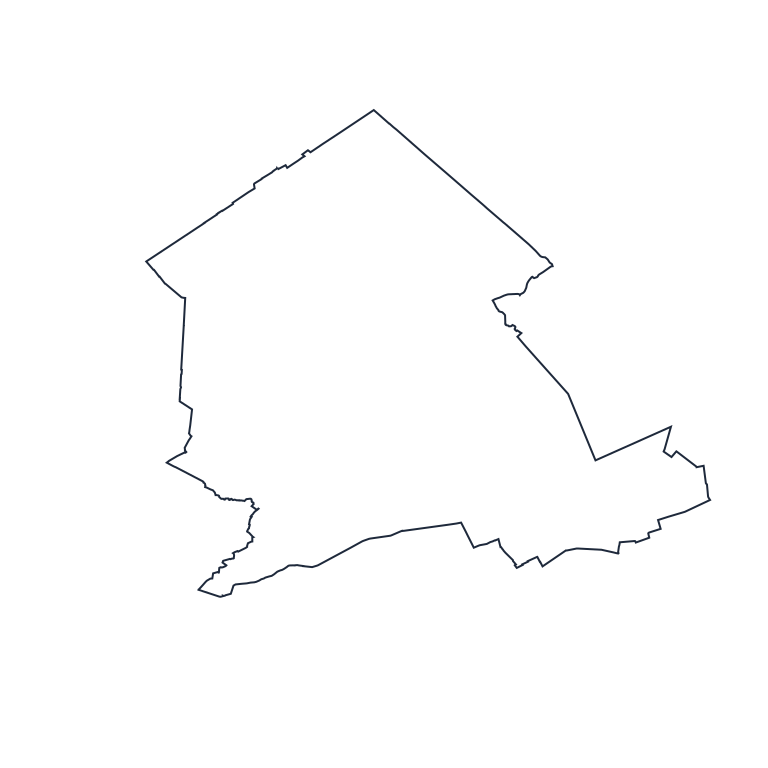 outline of Dalfsen, Overijssel, Netherlands, rotated 335°
{"feature_id": "6326949B30235192202446", "entity_name": "Dalfsen", "entity_type": "district", "adm_level": 2, "iso_a3": "NLD", "parent_name": "Netherlands", "parent_adm1": "Overijssel", "projection": "equal_earth", "projection_center": [6.266, 52.512], "detail": "fine", "context": "isolated", "style": "outline", "palette": "slate", "viewbox_px": 768, "rotation_deg": 335, "n_neighbors": 0, "source": "geoboundaries", "source_scale": "gbopen_adm2", "svg_char_len": 6106}
<svg xmlns="http://www.w3.org/2000/svg" viewBox="0 0 768 768"><g transform="rotate(335 384 384)"><path d="M128.9,492.1L145.0,507.2L146.1,507.8L148.9,508.3L148.9,508.1L149.2,508.4L150.8,508.6L151.1,508.5L156.5,509.4L162.4,503.1L164.7,502.9L170.5,504.9L175.4,506.7L179.1,507.6L182.6,508.9L184.6,509.3L187.9,509.4L190.3,509.1L192.2,509.4L193.1,509.5L194.6,509.3L198.7,509.9L201.1,510.4L204.0,510.0L208.0,509.0L211.3,509.1L212.8,509.4L213.8,509.4L215.4,509.3L218.6,508.8L220.1,508.4L221.2,508.4L222.6,508.9L225.1,510.0L225.8,510.4L226.6,510.8L226.8,510.7L228.9,511.5L230.1,512.4L234.0,514.9L233.9,515.0L241.5,519.6L246.4,520.3L247.4,520.4L284.4,518.3L297.5,517.4L298.7,517.4L305.0,518.0L306.3,518.3L325.7,524.2L326.8,524.3L336.9,524.6L338.5,524.7L338.7,524.8L338.6,525.0L340.1,525.5L382.8,538.7L390.8,541.1L395.3,542.2L395.7,552.5L395.8,557.1L396.1,566.3L396.1,566.5L396.2,570.3L401.5,570.5L402.7,570.6L408.8,572.2L409.7,572.4L413.6,572.2L416.2,572.6L416.7,572.5L418.7,572.6L419.0,572.7L419.0,572.8L422.2,572.9L420.7,580.8L420.9,580.8L421.1,581.1L421.4,582.6L421.5,583.6L421.8,584.2L421.9,585.4L422.7,588.2L426.4,598.1L426.1,599.0L427.3,603.3L426.1,603.4L425.9,603.5L426.6,606.8L433.2,606.6L433.1,605.9L439.4,605.9L439.4,605.3L449.6,605.4L449.6,605.5L449.9,605.6L450.1,611.2L450.4,611.2L450.6,616.3L478.6,611.7L479.1,612.1L489.0,614.5L490.1,615.0L511.0,626.1L520.9,633.7L523.5,635.8L524.6,636.6L525.0,636.4L524.8,636.0L524.9,635.7L528.2,630.6L529.3,629.4L530.8,627.1L544.7,632.2L545.1,632.4L545.3,632.8L545.2,634.1L559.1,635.4L559.1,635.2L559.5,635.2L560.3,631.3L560.4,631.0L561.0,630.7L561.8,630.7L573.5,632.2L574.9,623.1L585.8,624.5L602.7,627.0L630.5,626.9L630.1,624.1L630.1,623.5L630.2,622.8L634.2,611.7L634.2,611.2L633.8,610.4L633.8,609.9L639.1,593.2L632.1,591.5L632.2,591.1L632.1,590.7L620.7,568.9L620.5,568.6L613.7,571.7L608.9,563.4L609.9,562.4L610.4,562.1L626.0,544.0L543.4,542.6L546.7,470.8L541.4,453.2L532.9,425.0L528.4,410.0L524.9,397.5L530.0,395.9L527.3,391.7L526.4,391.9L525.6,390.0L525.6,389.7L526.0,389.4L526.0,388.9L526.9,388.3L527.2,387.8L527.1,387.1L526.8,386.5L525.6,385.2L525.5,384.9L525.0,384.9L524.4,385.2L523.5,385.3L521.7,384.6L521.4,383.7L519.7,382.4L519.3,381.8L519.3,381.2L519.5,381.1L519.3,380.7L519.5,380.3L520.2,378.9L522.8,372.8L522.7,372.4L522.5,371.4L522.0,370.2L521.9,369.7L521.3,368.7L520.6,368.2L519.2,367.0L518.8,366.2L518.9,365.2L518.3,363.1L518.2,361.3L518.1,360.3L518.2,359.2L518.1,357.3L517.8,354.2L520.1,354.0L523.3,354.3L525.3,354.6L530.0,354.6L532.8,354.9L534.4,355.2L543.1,358.8L544.0,359.4L544.5,359.9L544.6,360.1L544.7,360.9L545.7,360.3L548.8,360.2L550.7,359.4L553.6,356.9L555.5,354.3L556.4,353.3L557.6,352.4L559.0,351.5L562.7,349.7L563.4,349.5L563.9,349.6L564.2,350.7L564.8,351.5L567.8,351.8L568.8,351.5L569.6,350.8L570.6,350.4L571.1,350.3L572.0,350.2L575.5,349.8L584.7,348.1L585.7,348.2L586.6,348.5L586.9,346.4L585.5,343.9L585.0,340.3L583.7,337.4L581.4,336.0L580.8,335.5L580.1,334.7L579.6,333.8L577.7,327.5L574.2,318.5L570.9,311.1L561.0,289.0L560.6,288.3L551.8,268.8L549.1,262.5L543.1,249.3L534.3,229.5L528.6,216.8L517.9,193.1L502.8,158.7L501.0,155.1L499.0,150.4L498.9,150.2L498.7,150.2L490.5,131.4L450.8,137.5L430.3,140.5L415.3,142.9L414.7,141.6L413.8,140.0L409.5,140.9L407.0,141.4L408.2,144.0L405.8,144.2L400.1,145.3L395.2,146.0L387.6,147.2L387.3,144.1L379.7,144.5L379.8,144.3L378.0,143.5L378.0,143.3L377.8,143.5L373.8,144.1L373.6,144.2L373.6,144.3L372.8,144.4L372.1,144.8L366.1,145.5L360.2,146.1L360.2,146.3L359.9,146.3L359.3,146.6L351.3,147.5L350.7,147.9L350.5,148.2L349.4,152.1L342.6,152.8L323.5,155.8L323.4,155.8L323.3,157.0L310.7,158.8L310.6,158.5L307.4,158.8L307.5,158.9L304.2,159.4L304.2,159.8L289.2,162.0L289.3,162.2L220.3,172.5L223.3,183.1L223.8,183.3L225.6,191.8L226.0,191.8L227.9,200.5L228.3,200.8L237.1,219.9L238.8,221.2L240.2,222.0L229.5,242.1L227.3,246.2L227.4,246.4L227.3,246.6L227.0,246.8L207.5,283.0L206.3,285.2L206.6,285.4L207.2,285.0L204.8,289.4L204.2,289.5L198.7,299.8L198.7,301.1L198.6,301.3L197.3,302.5L192.7,310.9L192.9,310.9L191.5,313.4L199.3,325.9L190.9,339.6L188.5,343.2L187.2,345.3L186.4,346.3L186.9,349.2L187.4,350.0L184.7,351.7L183.4,352.4L176.4,357.6L175.8,359.7L175.6,359.8L175.2,361.6L176.1,361.8L176.1,362.1L175.0,362.4L173.8,361.8L166.2,361.9L156.8,362.8L153.9,363.5L158.0,369.0L159.2,370.5L160.0,371.3L178.6,395.6L179.0,396.5L178.7,397.0L179.3,397.9L179.6,398.8L179.4,399.7L179.1,400.2L179.2,400.7L178.3,401.8L179.5,402.9L182.2,406.2L184.0,408.0L184.8,410.8L184.7,411.9L184.4,413.5L185.0,413.7L186.9,415.1L187.2,415.7L186.9,416.8L187.5,418.2L188.0,419.3L188.7,419.7L189.6,419.9L189.9,420.3L190.4,421.3L190.6,421.4L191.0,421.5L191.8,420.8L194.4,421.9L194.7,422.2L194.8,422.5L194.5,423.3L194.9,423.8L195.5,423.9L196.5,423.5L197.0,423.5L197.4,423.8L197.6,424.9L198.1,425.4L198.5,425.5L199.3,425.5L199.7,425.7L200.2,426.1L200.6,426.3L200.9,426.8L201.4,427.2L202.0,427.5L202.6,427.6L203.4,428.4L203.8,428.3L204.0,428.3L204.8,429.0L205.8,429.4L206.8,430.2L207.5,430.5L208.1,431.1L210.6,430.2L214.0,431.3L214.6,431.6L214.8,431.8L215.1,432.6L214.9,433.0L214.9,433.6L214.4,434.7L214.4,435.0L215.1,435.8L215.5,436.4L215.4,436.7L215.0,437.2L215.1,437.7L212.4,438.8L215.6,444.3L217.5,443.8L217.6,444.0L215.8,444.5L213.6,444.9L211.7,445.6L210.2,446.5L208.4,447.1L207.2,447.8L207.9,448.5L205.7,449.8L205.2,450.2L202.4,454.1L202.8,454.4L202.9,454.7L202.3,455.7L201.4,456.5L200.7,457.7L200.6,457.8L200.0,457.8L197.7,459.6L197.6,459.8L197.6,460.0L198.9,462.0L200.5,467.0L200.8,467.5L199.8,467.4L199.7,467.5L198.1,471.1L197.1,470.8L193.4,470.8L191.5,472.9L191.1,473.8L189.4,474.1L181.0,474.3L180.9,474.2L180.8,473.6L180.7,473.5L177.4,473.3L175.7,473.5L176.1,474.2L175.8,475.7L175.6,476.2L174.5,477.9L174.3,478.4L174.0,478.5L173.7,478.5L172.4,478.0L170.9,477.9L170.4,477.4L164.3,476.4L163.5,476.3L162.2,477.6L164.5,481.7L163.8,482.0L162.9,482.1L160.4,482.0L158.9,481.5L158.7,481.4L158.6,481.1L157.1,481.0L156.5,481.9L154.9,484.8L154.5,485.1L154.3,484.9L154.4,484.3L154.2,484.2L149.1,483.4L146.2,487.7L144.4,487.0L140.3,487.4L138.6,488.0L134.5,489.8L129.5,491.9L129.1,491.9L128.9,492.1Z" fill="none" stroke="#1e293b" stroke-width="2"/></g></svg>